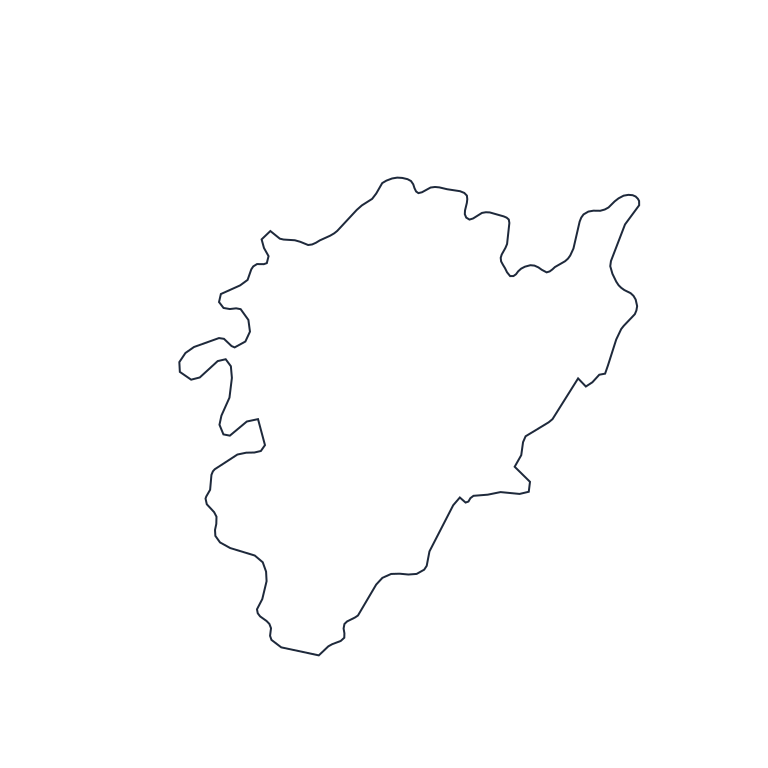 outline of Ariège, rotated 297°
{"feature_id": "FRA-5269", "entity_name": "Ariège", "entity_type": "Metropolitan department", "adm_level": 1, "iso_a3": "FRA", "parent_name": "France", "parent_adm1": "", "projection": "robinson", "projection_center": [1.591, 42.938], "detail": "fine", "context": "isolated", "style": "outline", "palette": "slate", "viewbox_px": 768, "rotation_deg": 297, "n_neighbors": 0, "source": "natural_earth", "source_scale": "10m", "svg_char_len": 2890}
<svg xmlns="http://www.w3.org/2000/svg" viewBox="0 0 768 768"><g transform="rotate(297 384 384)"><path d="M139.9,463.8L135.4,462.1L128.7,456.0L125.0,453.5L112.6,449.1L102.7,412.0L104.9,399.9L107.9,396.8L115.1,394.2L118.2,390.8L119.5,387.0L120.7,379.1L122.4,375.6L125.6,373.1L137.1,373.2L155.0,368.9L163.3,364.1L170.1,356.9L172.5,346.7L168.0,321.5L168.4,309.8L172.1,302.7L177.2,299.7L183.2,298.1L189.7,295.0L192.7,290.8L196.4,280.7L200.9,277.0L203.1,276.7L210.8,277.1L224.7,271.5L228.5,271.2L231.2,271.9L254.6,285.4L260.3,292.5L264.1,299.6L268.4,304.7L275.5,305.7L295.5,287.7L288.3,278.8L268.0,270.1L266.2,263.8L273.0,255.9L282.0,253.5L301.7,252.5L320.4,245.7L330.3,239.5L334.2,231.7L328.9,225.4L306.2,216.9L300.3,210.2L302.1,196.6L310.6,191.7L321.5,193.0L330.7,197.9L350.0,216.1L351.6,220.9L348.6,230.9L348.8,234.3L358.9,241.2L369.8,240.8L379.5,234.1L385.6,222.3L384.3,217.9L380.8,212.6L378.9,206.5L382.1,199.8L390.1,197.8L406.5,211.0L414.8,215.2L425.9,213.7L429.4,214.1L433.2,216.4L436.2,222.5L438.5,224.7L445.5,223.1L450.7,215.3L457.3,209.3L468.7,213.3L466.2,225.2L467.1,228.9L471.6,239.3L472.7,244.9L473.4,253.3L475.7,256.6L478.9,259.2L482.8,261.6L491.7,268.7L495.6,271.2L499.1,272.8L526.8,280.7L533.1,283.2L543.6,289.4L550.2,290.6L562.2,291.2L566.3,293.8L570.8,297.9L573.9,302.1L575.9,306.7L577.2,312.0L577.1,315.9L575.2,319.4L572.3,322.3L570.1,325.2L569.7,328.0L572.1,330.8L580.2,336.3L582.7,340.0L584.3,344.0L586.2,351.8L590.3,364.2L590.7,368.8L589.5,372.3L586.5,374.3L583.0,375.6L575.4,377.4L572.0,378.9L569.6,381.7L569.3,385.5L571.9,388.2L580.9,393.6L583.3,396.8L584.9,400.4L587.7,414.6L587.9,417.7L587.2,420.5L584.4,422.6L564.6,430.1L560.4,430.4L552.8,430.1L549.4,430.7L546.4,432.7L544.2,435.9L542.1,439.3L539.4,442.9L537.4,447.4L538.9,450.3L541.7,451.8L545.3,452.4L549.0,453.8L552.5,456.3L556.3,460.5L557.8,464.3L558.0,468.7L557.4,472.7L557.3,478.2L559.5,480.5L562.5,482.0L565.8,483.2L575.6,489.6L579.2,491.0L583.0,491.6L590.7,491.3L617.5,484.6L621.8,484.2L625.7,484.8L630.4,487.8L633.5,491.9L636.5,498.0L639.7,501.5L643.2,503.9L651.4,506.6L655.9,508.7L660.6,512.0L663.5,515.9L665.1,519.8L665.3,523.1L664.3,526.1L664.1,526.4L662.9,528.2L659.1,530.2L635.6,526.3L596.6,530.4L591.7,532.1L585.9,537.5L580.6,544.5L578.5,548.2L577.4,551.7L576.8,555.6L576.9,562.5L575.8,566.3L573.5,569.9L568.3,574.2L564.1,575.5L560.1,575.8L544.7,571.2L540.7,570.4L529.1,570.7L502.3,575.1L493.6,576.3L490.0,571.6L480.2,568.9L473.4,565.0L477.1,554.4L429.2,550.1L424.6,548.1L401.7,533.9L395.3,534.3L382.9,538.6L369.6,538.0L363.1,558.5L353.7,561.9L347.6,554.7L340.6,536.9L332.5,526.7L325.0,514.5L321.5,512.8L317.6,512.6L315.4,510.5L317.3,503.1L307.4,500.7L255.5,500.5L241.4,504.6L236.8,504.1L229.6,499.3L225.3,492.2L222.1,484.1L218.0,476.6L210.6,470.6L201.8,468.1L165.9,465.9L162.7,464.1L155.7,458.9L152.2,457.7L147.8,459.0L143.9,461.9L139.9,463.8Z" fill="none" stroke="#1e293b" stroke-width="2"/></g></svg>